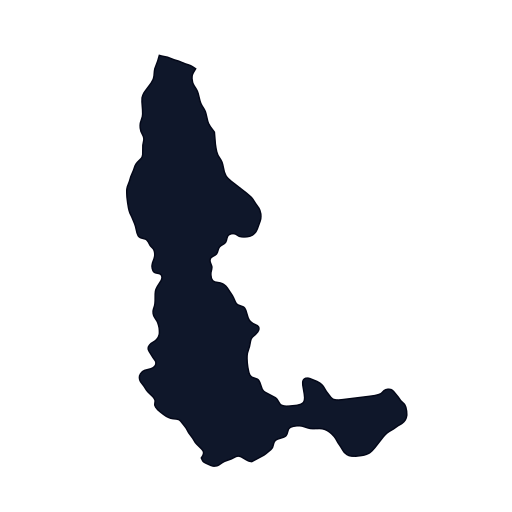 outline of Los Cacaos, San Cristóbal, Dominican Republic, rotated 353°
{"feature_id": "3306468B25553756069478", "entity_name": "Los Cacaos", "entity_type": "district", "adm_level": 2, "iso_a3": "DOM", "parent_name": "Dominican Republic", "parent_adm1": "San Cristóbal", "projection": "albers", "projection_center": [-70.319, 18.609], "detail": "fine", "context": "isolated", "style": "filled", "palette": "ink", "viewbox_px": 512, "rotation_deg": 353, "n_neighbors": 0, "source": "geoboundaries", "source_scale": "gbopen_adm2", "svg_char_len": 5403}
<svg xmlns="http://www.w3.org/2000/svg" viewBox="0 0 512 512"><g transform="rotate(353 256 256)"><path d="M184.5,45.1L182.2,50.5L178.4,57.8L177.7,60.1L176.7,64.9L175.9,67.2L175.3,68.4L173.0,71.6L166.5,78.4L164.7,80.4L163.3,82.6L162.2,85.1L161.6,89.1L161.2,97.2L160.8,101.2L160.2,103.8L157.4,110.0L156.9,112.3L156.7,114.8L157.0,118.3L158.7,123.3L159.0,125.2L158.8,127.2L157.2,132.2L155.9,141.6L155.1,143.7L154.5,144.6L153.8,145.3L149.7,148.5L148.2,150.0L146.9,151.8L144.8,156.1L141.4,162.0L139.5,166.4L136.8,171.5L136.0,173.8L135.7,175.1L135.4,177.7L135.1,181.8L135.1,187.3L135.3,192.7L135.6,195.4L136.1,198.0L137.4,201.8L139.5,209.3L140.0,211.9L140.7,218.5L141.3,220.8L141.7,221.9L142.4,222.8L143.2,223.5L144.0,224.0L148.4,225.8L149.2,226.4L149.8,227.2L150.8,228.9L152.2,232.6L152.7,233.4L154.9,236.3L155.6,238.3L155.8,240.6L155.6,242.9L155.3,244.1L154.5,246.2L152.5,250.1L151.8,252.2L151.5,253.4L151.5,255.7L151.9,257.8L152.3,258.8L152.9,259.6L153.7,260.2L154.5,260.6L157.8,261.7L158.5,262.1L159.2,262.7L159.8,263.6L160.0,264.5L160.1,265.5L159.9,266.6L159.0,268.6L154.4,274.2L153.0,276.3L152.4,277.4L151.9,278.7L151.3,281.4L150.4,288.2L149.9,290.8L149.2,293.1L147.8,296.1L147.1,298.1L146.9,300.5L147.2,302.8L148.0,304.8L149.9,308.8L150.3,310.1L150.8,312.7L151.1,315.5L151.0,318.2L150.7,320.9L150.3,322.3L149.2,324.5L148.5,325.4L146.9,327.0L145.1,328.2L141.2,330.0L139.6,331.3L138.3,332.8L137.9,333.7L137.7,334.7L137.7,335.7L138.3,337.6L141.4,344.3L143.3,347.8L143.6,348.8L143.6,349.9L143.4,350.9L143.0,351.9L142.4,352.7L140.8,354.0L139.8,354.5L137.8,355.1L131.7,355.9L129.6,356.7L128.7,357.3L127.0,358.9L125.8,360.8L125.4,362.7L125.5,364.7L126.1,366.7L128.9,371.5L131.0,375.9L132.3,377.9L136.6,383.2L137.6,385.0L138.2,386.8L138.2,387.7L137.4,391.0L137.4,391.9L138.0,393.8L139.7,396.6L142.1,399.2L144.7,401.8L147.4,404.2L149.4,405.5L151.4,406.6L153.5,407.3L157.4,408.2L159.2,408.9L160.0,409.4L161.1,410.7L164.7,416.6L165.8,418.6L167.6,423.2L171.0,429.2L173.0,433.7L174.3,435.6L178.5,440.9L179.6,442.7L179.9,443.7L180.0,444.7L179.8,445.7L179.0,447.5L177.1,449.8L178.1,452.8L178.6,453.6L179.4,454.4L181.1,455.6L185.7,458.4L187.8,459.3L188.9,459.5L191.4,459.5L192.5,459.3L193.6,458.9L197.5,456.9L199.7,456.0L206.8,454.4L211.7,452.6L213.7,452.4L214.8,452.6L216.8,453.5L221.5,457.1L223.4,458.4L224.5,458.9L226.7,459.6L239.6,454.6L241.6,453.5L247.1,450.0L248.6,448.6L249.2,447.8L251.1,443.3L252.3,441.8L253.1,441.2L255.0,440.4L261.4,439.2L263.2,438.5L264.0,437.9L265.1,436.4L267.0,432.1L267.7,431.3L268.6,430.6L269.7,430.1L272.1,429.6L276.0,429.5L278.6,429.8L281.2,430.5L286.4,432.9L288.8,433.8L291.4,434.3L298.2,435.0L300.9,435.6L303.3,436.6L305.5,438.0L307.5,439.7L309.3,441.6L311.6,444.7L312.8,446.9L314.6,451.3L316.7,455.4L318.6,459.6L319.7,461.7L322.1,464.2L324.1,465.5L326.6,466.3L330.6,466.9L336.1,466.9L338.8,466.8L341.5,466.3L344.1,465.5L345.3,464.9L347.5,463.4L350.6,460.7L360.5,450.8L362.6,449.0L364.7,447.5L367.0,446.3L371.4,444.4L376.4,441.7L379.6,440.4L380.7,439.8L382.6,438.5L384.2,436.9L385.4,434.9L386.3,432.3L386.6,428.3L386.3,424.4L385.6,422.0L385.1,421.0L382.0,417.2L380.0,413.4L376.0,407.1L374.6,405.6L373.7,405.0L371.6,404.4L370.6,404.3L368.5,404.5L366.7,405.2L363.9,407.4L363.0,407.9L360.7,408.5L356.9,409.0L351.3,409.1L324.4,409.1L320.4,409.0L317.9,408.6L315.5,407.8L314.5,407.1L313.1,405.5L309.3,399.0L306.9,393.6L305.6,391.7L304.0,390.0L301.2,387.9L294.5,384.2L292.6,383.5L290.4,383.4L289.3,383.8L288.3,384.4L287.6,385.3L287.1,386.4L286.9,387.5L286.7,389.8L287.1,398.8L287.0,402.6L286.5,404.9L286.0,406.0L285.3,407.0L284.3,407.8L282.1,408.7L278.4,409.2L270.4,409.0L267.8,408.8L265.4,408.2L263.3,407.3L262.5,406.7L261.7,405.7L259.4,400.7L258.1,399.1L248.5,392.4L247.0,391.0L245.9,388.9L244.4,382.0L243.6,379.9L243.0,379.0L242.2,378.3L237.4,375.9L236.6,375.2L235.9,374.2L235.3,373.2L234.7,370.7L234.3,365.3L234.3,361.0L234.6,356.7L235.0,353.9L235.7,351.2L238.5,345.0L240.3,339.5L241.2,337.5L242.6,336.0L246.0,333.7L248.5,331.5L249.7,329.7L250.0,328.8L250.1,327.7L249.9,326.7L248.9,325.3L244.7,322.6L242.9,320.8L242.1,319.8L241.4,318.6L240.6,316.2L239.3,308.7L238.5,306.5L237.9,305.6L237.1,304.9L232.1,302.3L230.7,300.9L229.9,299.0L228.6,294.7L227.7,292.3L223.7,284.3L222.3,282.1L220.4,280.2L219.3,279.4L217.1,278.3L212.1,276.8L210.4,275.6L209.8,274.7L209.0,272.7L208.9,269.3L209.2,267.1L210.4,263.7L210.9,261.6L210.8,260.6L209.8,256.4L209.8,254.5L210.6,252.7L211.3,252.1L212.9,251.2L215.4,250.2L217.0,249.2L218.1,247.7L219.7,244.2L220.8,242.6L222.4,241.5L225.9,239.9L227.4,238.8L228.4,237.2L229.4,234.6L230.3,232.9L230.9,232.2L231.8,231.6L233.7,231.0L234.7,230.9L236.7,231.1L238.5,231.8L241.3,234.1L242.2,234.6L244.5,235.3L247.0,235.7L249.7,235.8L252.4,235.6L255.0,234.8L256.2,234.1L258.4,232.4L259.3,231.3L260.7,229.1L264.3,222.0L265.2,219.8L265.7,217.4L265.9,214.9L265.4,211.1L264.7,208.9L262.0,203.9L259.9,199.5L258.6,197.3L254.3,192.5L240.2,178.5L237.7,175.6L236.3,173.5L235.8,172.3L234.8,168.7L234.1,161.2L233.7,158.8L232.9,156.5L230.5,151.4L229.7,147.8L229.4,143.9L229.3,140.0L229.8,128.0L226.4,122.0L225.0,118.7L224.5,116.3L223.7,108.8L223.3,106.4L222.5,104.1L220.6,100.0L219.8,97.7L219.3,95.3L218.4,87.8L217.9,85.4L217.1,83.2L215.2,79.2L214.4,76.9L214.2,75.7L214.1,72.0L214.5,69.6L214.9,68.4L216.1,66.4L218.9,62.8L216.2,60.5L214.3,59.1L212.2,58.0L208.9,56.5L202.9,53.1L198.5,51.2L192.4,47.9L186.7,46.0L184.5,45.1Z" fill="#0f172a" stroke="#020617" stroke-width="1.5"/></g></svg>